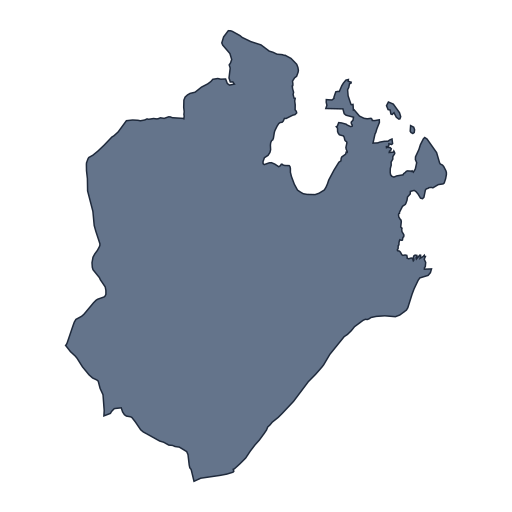 outline of Mtwara, Mtwara, United Republic of Tanzania
{"feature_id": "72390352B92435052932896", "entity_name": "Mtwara", "entity_type": "district", "adm_level": 2, "iso_a3": "TZA", "parent_name": "United Republic of Tanzania", "parent_adm1": "Mtwara", "projection": "equal_earth", "projection_center": [40.045, -10.477], "detail": "fine", "context": "isolated", "style": "filled", "palette": "slate", "viewbox_px": 512, "rotation_deg": 0, "n_neighbors": 0, "source": "geoboundaries", "source_scale": "gbopen_adm2", "svg_char_len": 6021}
<svg xmlns="http://www.w3.org/2000/svg" viewBox="0 0 512 512"><path d="M65.6,345.4L70.5,351.7L75.2,356.0L77.1,358.3L82.5,366.9L89.0,374.8L92.6,378.0L96.7,379.9L98.2,381.1L100.1,388.4L103.0,394.7L104.2,410.5L103.9,415.9L110.4,413.4L111.5,411.5L114.3,408.6L121.2,407.8L122.6,411.9L124.4,414.7L126.4,416.1L130.6,416.8L131.9,417.5L135.4,422.0L140.7,429.8L143.2,431.9L159.8,441.1L163.6,442.2L168.8,445.1L172.5,445.4L175.0,446.5L179.3,447.1L186.7,451.6L188.0,454.6L189.2,465.0L189.8,467.8L191.1,469.4L191.5,470.9L194.0,481.3L200.7,478.2L220.0,475.4L226.8,474.1L233.0,472.2L233.8,471.3L233.2,469.3L234.3,468.9L239.9,463.8L245.7,458.0L250.2,451.2L255.0,444.9L259.3,440.1L264.2,433.4L266.5,430.0L267.7,427.0L270.0,424.9L272.2,422.2L278.2,417.4L282.3,413.3L293.5,401.4L308.3,381.7L315.6,374.3L321.9,367.1L323.6,364.9L329.8,354.4L344.2,336.6L347.5,334.4L351.2,330.8L354.5,326.7L363.1,320.3L365.3,319.3L367.3,319.5L369.1,318.8L371.0,317.5L376.2,316.4L384.8,315.8L395.4,316.7L399.8,315.0L406.4,310.1L407.8,307.8L412.1,294.1L414.1,288.8L418.2,280.2L419.8,278.0L419.2,278.1L428.1,275.4L430.4,272.7L431.5,268.9L424.4,269.2L424.5,267.6L425.3,266.7L425.7,262.5L424.2,259.2L425.4,256.5L424.5,256.4L424.3,255.3L422.9,256.7L420.1,258.3L420.6,256.6L420.6,255.2L419.8,255.1L416.4,259.0L416.1,257.9L416.9,256.2L416.9,255.4L415.1,255.1L414.0,255.7L413.3,257.4L413.8,259.1L413.7,260.4L413.3,260.8L412.7,258.9L412.1,258.3L411.2,258.0L408.6,258.8L407.1,258.1L407.2,257.3L406.8,255.4L405.1,255.0L402.8,255.4L401.8,254.7L400.4,252.1L399.4,251.1L397.6,250.7L397.3,249.9L398.1,248.5L398.2,245.7L398.9,244.9L399.0,242.5L399.5,240.5L399.9,239.7L401.2,240.3L402.4,240.1L402.9,237.4L403.6,236.9L403.9,235.9L403.8,234.7L401.9,231.5L401.7,228.6L402.0,228.2L400.7,227.0L401.3,221.7L401.0,220.0L400.6,219.9L398.8,217.0L398.5,214.8L398.7,213.8L399.5,213.3L399.5,212.2L402.5,206.3L405.3,204.4L405.9,203.3L407.0,200.2L407.5,197.0L410.2,194.0L410.4,191.4L414.2,190.4L416.0,191.6L418.1,194.1L420.5,198.1L422.5,198.7L423.9,197.3L425.4,190.0L426.4,188.8L428.0,188.4L428.8,187.7L431.2,187.4L432.9,187.8L438.3,184.6L443.1,183.9L444.2,183.0L445.6,178.8L446.4,174.6L446.4,172.6L445.9,170.8L443.7,166.5L442.5,165.1L440.3,164.0L439.6,162.9L436.6,152.6L427.0,139.0L424.7,137.5L423.4,138.8L420.4,144.7L418.9,149.5L415.5,156.8L415.4,159.6L416.7,162.7L415.3,169.1L413.3,172.2L412.1,170.8L411.2,171.5L410.9,171.1L407.3,170.9L406.2,171.4L405.4,172.4L403.6,173.7L403.1,174.8L396.7,175.9L393.9,177.1L391.6,176.2L391.3,175.4L390.6,175.0L390.2,172.4L390.3,168.5L391.2,165.2L391.1,162.1L392.8,159.1L392.8,156.6L394.7,153.6L394.6,152.5L393.8,151.0L393.3,152.2L389.2,152.5L389.5,151.1L390.6,150.6L391.3,148.8L390.1,147.6L387.7,147.3L386.5,147.7L386.4,146.6L387.9,146.5L388.8,145.7L388.9,143.8L391.6,144.5L392.6,143.6L392.0,139.0L389.5,140.1L388.1,141.2L384.3,141.3L379.9,142.1L377.7,142.9L373.0,143.1L375.0,134.0L375.8,132.5L376.8,129.0L379.4,122.5L379.3,119.8L374.7,120.6L372.3,120.5L371.9,119.1L371.0,118.3L367.3,118.8L364.0,118.3L359.5,116.1L354.1,109.8L353.4,110.1L353.0,104.4L351.3,104.7L350.8,103.9L348.1,95.8L347.6,89.8L348.8,87.3L349.5,83.7L350.9,83.3L351.2,82.2L348.2,81.3L348.4,79.5L345.9,80.1L343.4,83.1L341.8,85.7L339.3,91.5L337.8,91.4L335.8,91.8L333.9,97.3L334.0,98.4L331.9,100.0L326.3,99.6L326.2,102.2L326.9,105.3L325.8,108.5L342.9,108.9L344.2,113.7L346.0,115.2L353.5,117.2L353.0,120.2L351.2,122.2L351.4,123.8L352.3,125.1L352.1,126.3L350.6,126.6L347.1,125.0L346.2,124.2L341.4,122.9L338.7,122.6L337.3,126.2L336.3,126.7L337.5,128.1L337.6,131.6L338.3,133.3L339.4,134.8L343.4,135.9L344.2,137.3L344.8,140.0L345.5,141.0L346.6,141.7L346.9,142.8L345.9,147.5L346.2,149.2L347.3,151.7L347.2,152.4L346.2,152.1L345.6,154.2L341.8,156.9L341.2,158.2L340.9,160.9L338.9,162.2L334.0,170.1L328.7,180.1L327.5,183.8L326.0,187.2L324.3,190.0L319.1,193.2L315.1,194.6L307.0,194.4L303.2,193.7L300.6,192.2L297.5,190.1L294.3,184.2L291.4,176.4L290.4,172.3L290.4,168.6L290.0,166.7L289.2,165.6L284.9,165.5L283.2,165.1L282.1,164.2L281.3,164.2L280.4,165.7L278.7,166.7L274.8,164.1L271.5,162.7L269.3,162.8L264.2,164.6L263.1,163.7L263.0,161.7L264.4,157.7L268.0,155.4L269.9,152.5L270.6,149.8L270.4,145.1L270.7,142.6L271.7,140.5L272.7,139.9L273.4,138.2L274.3,132.6L274.8,130.8L277.1,126.1L278.7,123.6L280.0,122.6L282.2,122.2L283.3,121.0L284.4,118.4L286.1,118.5L292.7,115.2L295.0,114.6L296.7,112.9L296.3,111.3L295.1,109.8L295.2,104.9L294.7,101.0L295.2,98.3L294.0,98.1L293.1,94.4L293.6,92.3L292.7,89.2L292.2,86.0L292.8,85.7L292.9,84.0L292.5,81.1L294.6,77.8L296.6,76.3L298.1,72.2L298.4,70.4L297.9,67.4L296.7,64.3L291.0,58.4L285.0,55.2L284.4,55.4L282.1,54.6L277.0,54.2L273.1,52.3L269.2,51.1L261.0,44.9L250.8,41.6L242.1,37.4L240.1,35.7L232.4,31.4L230.7,30.8L228.3,30.7L223.6,36.9L221.8,42.9L222.7,45.1L229.9,53.5L231.7,59.5L230.5,63.0L229.2,64.9L230.2,68.1L229.0,78.0L230.3,82.0L232.8,81.9L234.4,84.1L229.5,85.1L227.3,83.5L225.6,79.0L220.8,79.2L217.8,78.5L212.8,79.3L210.9,81.5L207.7,83.9L201.5,87.1L195.1,92.2L190.1,93.4L187.5,94.9L185.1,97.1L183.9,100.1L183.7,107.3L184.2,111.7L183.9,114.4L184.2,116.3L183.8,118.8L183.1,118.4L172.3,117.7L170.3,116.9L168.6,116.8L164.2,118.4L160.4,117.8L157.9,118.8L156.5,118.9L153.6,118.5L148.7,119.3L147.0,118.9L144.7,120.0L140.3,120.8L138.0,120.3L132.6,120.0L126.4,120.7L118.1,132.0L113.8,135.9L111.9,137.0L104.2,145.1L98.0,151.0L92.9,155.2L88.8,157.5L88.0,158.8L86.5,162.9L86.4,164.7L86.5,170.7L87.4,178.6L87.6,190.9L92.9,211.4L94.2,225.5L95.8,231.2L99.9,243.7L99.9,245.3L99.4,246.7L97.4,250.4L94.8,253.9L93.0,257.2L92.0,262.7L92.3,267.3L93.0,269.7L99.4,277.6L100.4,279.8L105.2,286.9L105.9,290.5L105.9,294.4L104.9,296.3L104.0,297.0L97.7,299.2L96.1,300.2L93.6,302.7L83.9,314.3L81.6,316.3L75.9,319.4L74.3,322.1L73.0,325.7L67.2,342.8L66.4,344.5L65.6,345.4ZM399.5,112.7L393.3,104.1L388.4,102.0L386.5,105.7L388.1,109.6L390.1,110.0L390.9,114.0L392.2,114.5L394.0,112.7L396.3,117.2L398.8,119.1L399.9,118.9L400.7,116.7L399.5,112.7ZM414.2,132.5L414.6,129.8L413.7,127.2L410.6,125.6L410.2,131.2L411.0,132.5L412.8,133.5L414.2,132.5Z" fill="#64748b" stroke="#1e293b" stroke-width="1.5"/></svg>